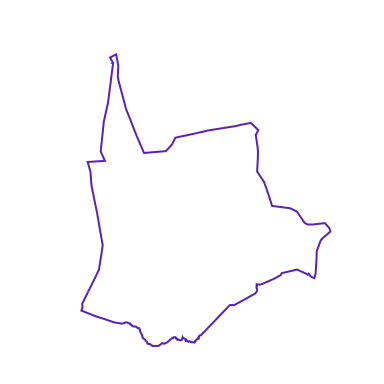 Tubbergen, Overijssel, Netherlands (orthographic projection), rotated 260°
{"feature_id": "6326949B58523414379719", "entity_name": "Tubbergen", "entity_type": "district", "adm_level": 2, "iso_a3": "NLD", "parent_name": "Netherlands", "parent_adm1": "Overijssel", "projection": "orthographic", "projection_center": [6.747, 52.404], "detail": "fine", "context": "isolated", "style": "outline", "palette": "violet", "viewbox_px": 384, "rotation_deg": 260, "n_neighbors": 0, "source": "geoboundaries", "source_scale": "gbopen_adm2", "svg_char_len": 5019}
<svg xmlns="http://www.w3.org/2000/svg" viewBox="0 0 384 384"><g transform="rotate(260 192 192)"><path d="M90.0,299.5L103.1,302.7L112.2,304.6L114.4,306.0L122.0,310.3L123.9,312.7L128.7,320.8L129.5,321.5L132.8,320.9L138.3,317.4L139.0,305.3L140.0,300.1L141.1,298.7L142.2,297.5L145.0,296.2L154.3,292.0L156.9,288.6L159.0,285.7L164.4,268.4L175.4,267.0L189.3,264.7L200.9,259.7L212.5,262.4L220.2,264.0L225.7,264.4L236.6,264.7L237.2,264.7L241.1,267.9L241.4,268.0L243.7,266.4L249.8,262.0L249.7,251.5L249.3,246.2L249.4,243.4L249.5,237.1L249.8,219.6L249.0,202.2L248.8,197.2L248.7,195.0L248.7,193.8L248.4,185.1L242.2,180.5L238.3,175.3L236.8,173.3L237.0,171.1L237.8,162.5L238.4,155.6L238.8,151.5L243.1,150.5L251.2,148.6L256.9,147.2L259.0,146.8L265.4,145.5L274.6,143.7L285.3,141.4L290.7,141.0L305.8,139.7L314.2,139.0L318.7,139.0L329.6,141.4L340.7,141.2L338.7,134.6L333.4,136.5L333.2,136.3L333.2,136.5L332.7,136.7L294.8,124.9L276.7,117.4L247.7,109.1L237.8,111.6L239.7,94.5L229.5,95.5L215.7,94.1L186.7,94.9L171.9,94.8L162.9,94.8L154.9,94.8L131.7,86.9L123.3,80.9L100.9,64.4L97.4,64.1L94.4,62.5L91.2,67.7L86.3,75.6L82.0,83.8L80.1,87.3L78.7,89.9L78.1,90.9L78.0,91.2L77.3,92.1L77.3,92.3L77.3,92.5L77.1,93.0L76.5,94.4L76.1,95.3L75.8,96.2L75.6,96.9L75.6,97.2L75.3,97.7L75.3,98.4L75.2,98.6L74.4,99.7L74.4,99.8L74.5,100.1L74.6,101.1L74.6,102.5L75.1,103.0L75.0,103.7L75.0,103.9L75.1,104.3L75.1,104.5L75.0,104.9L74.9,105.1L74.7,105.4L74.5,105.7L74.4,106.0L74.0,106.6L73.7,106.9L73.6,107.1L73.3,108.1L73.2,108.4L73.1,108.5L72.3,108.5L72.0,108.4L71.8,108.7L71.6,109.2L71.4,109.4L71.3,109.5L71.0,109.6L70.5,109.8L70.1,110.1L69.9,110.5L69.9,110.8L69.8,111.0L69.7,111.3L69.7,111.9L69.4,112.4L69.2,112.8L69.1,113.0L69.1,113.7L68.7,113.9L68.2,114.2L67.7,114.6L67.6,114.8L67.1,115.4L67.3,116.0L67.2,116.2L65.5,116.7L65.3,116.8L65.2,116.9L64.6,116.7L64.3,116.7L63.7,116.8L62.5,117.1L62.0,117.3L61.2,117.5L60.1,117.9L59.5,118.0L59.1,118.1L58.9,118.1L58.3,118.0L58.1,118.1L57.4,118.0L57.1,118.2L56.8,118.4L56.6,118.6L56.0,118.8L55.7,119.0L55.4,119.4L55.2,119.7L55.1,119.9L54.7,120.3L54.0,120.5L53.2,120.6L52.9,120.9L52.1,121.7L51.7,121.8L50.7,121.7L50.4,121.8L50.2,122.3L50.0,122.7L49.8,123.0L49.7,123.5L49.7,124.0L49.4,124.5L49.2,124.6L48.9,124.8L48.6,125.0L48.1,125.4L48.1,125.6L48.0,125.8L47.8,126.0L47.5,126.2L47.3,126.4L47.2,126.4L47.2,126.5L47.3,126.7L47.3,126.8L47.1,127.1L46.9,127.6L46.9,127.8L46.9,128.1L46.8,128.5L46.9,129.2L46.7,129.8L46.7,130.0L46.5,130.3L46.4,130.8L46.4,131.0L46.4,131.3L46.4,131.6L46.4,131.8L46.3,132.2L46.5,132.5L46.5,132.9L46.7,133.3L47.0,133.7L47.3,134.2L47.3,134.4L47.3,134.5L47.5,135.2L47.7,135.4L48.4,136.3L48.0,137.0L47.8,137.4L47.4,138.0L47.4,138.4L47.4,138.6L47.6,139.0L48.0,140.4L48.3,141.8L48.7,142.3L50.2,144.4L50.5,144.8L50.7,145.2L50.6,145.5L51.4,146.6L51.4,146.9L51.6,147.2L51.5,147.5L51.5,147.8L51.4,147.9L51.7,148.2L52.0,148.4L52.1,148.5L51.8,148.8L51.9,149.2L52.0,149.6L52.0,149.9L52.0,150.2L51.9,150.4L51.8,150.6L51.6,150.7L51.2,150.7L51.1,150.8L51.0,151.1L50.7,151.0L50.4,150.9L50.1,151.2L49.9,151.4L49.8,151.5L49.7,151.8L49.3,151.6L49.2,151.6L49.1,151.9L49.1,152.0L49.1,152.3L48.9,152.5L49.0,152.6L48.8,153.0L48.9,153.3L48.8,153.6L48.6,153.7L48.4,153.9L48.3,154.0L48.2,154.1L48.2,154.3L48.1,154.5L47.9,154.7L47.9,154.8L48.1,155.1L48.1,155.3L47.9,155.8L48.1,156.3L49.1,156.8L50.6,157.5L50.2,157.6L49.9,158.0L49.6,158.2L49.4,158.5L49.2,158.7L49.0,159.0L48.7,159.3L48.6,159.5L48.4,159.9L48.3,160.2L48.2,160.3L47.9,160.3L47.6,160.5L47.6,160.4L47.5,160.2L47.3,160.2L47.2,160.3L47.0,160.2L46.9,160.0L46.6,160.1L46.4,160.1L46.5,160.7L46.4,160.8L46.1,161.1L45.9,161.2L45.8,161.5L45.5,162.2L45.4,162.3L45.3,162.5L45.2,162.6L45.4,162.8L45.6,163.3L45.3,164.0L45.0,164.3L44.8,164.3L44.6,164.5L44.5,165.4L44.4,165.4L44.2,165.4L43.9,165.8L44.0,166.1L44.0,166.3L43.9,167.1L43.7,167.3L43.6,167.5L43.4,167.8L43.4,168.1L43.3,168.3L43.3,168.5L43.5,168.7L43.8,168.7L43.9,168.8L44.0,168.9L44.3,168.9L44.8,169.4L44.8,169.9L45.3,170.1L45.7,170.5L45.9,170.7L46.0,170.8L46.0,171.0L46.1,171.8L46.2,172.1L46.4,172.6L46.4,172.9L47.0,172.8L47.3,172.8L47.4,173.0L47.5,173.1L47.8,173.0L48.1,173.2L48.1,173.3L47.8,173.6L48.2,173.7L48.3,173.7L48.7,173.8L48.9,173.9L49.0,174.1L49.3,174.4L49.4,174.6L49.4,174.9L49.3,175.0L49.3,175.5L49.5,175.9L49.7,176.3L49.8,176.4L50.2,176.9L51.2,178.2L51.5,178.7L51.8,179.0L51.7,179.2L52.2,180.0L52.3,180.1L53.4,181.4L60.7,191.4L67.7,200.9L74.1,209.7L73.3,214.0L73.7,215.2L76.3,223.0L78.0,227.8L79.6,232.4L79.9,233.2L81.2,237.0L81.4,237.1L83.0,238.6L84.1,239.1L85.1,239.2L86.0,239.1L86.5,238.9L87.0,239.0L87.1,238.9L87.3,238.9L87.8,239.6L88.0,239.7L88.7,239.4L88.8,239.4L88.8,239.5L88.8,239.8L89.4,239.8L89.9,239.8L89.8,240.0L89.1,242.1L89.1,242.7L89.0,243.7L89.0,244.1L89.6,246.7L90.8,251.5L92.2,257.2L92.3,257.6L94.7,264.8L96.5,266.4L97.4,282.0L91.5,290.5L91.3,290.7L90.9,291.1L90.5,291.6L91.0,292.2L91.2,292.5L91.3,292.6L91.0,292.8L90.6,293.0L90.1,293.2L89.8,293.4L89.4,293.6L88.8,293.8L88.5,294.0L88.3,294.1L86.9,295.9L85.9,297.5L90.0,299.5Z" fill="none" stroke="#5b21b6" stroke-width="2"/></g></svg>